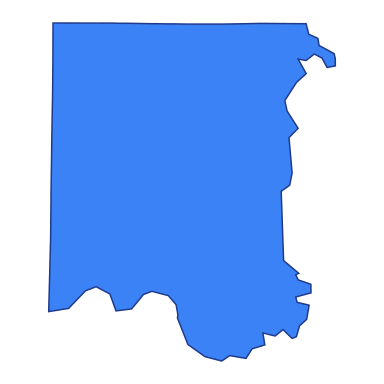 Madison, Alabama, United States of America
{"feature_id": "52423323B46234857736785", "entity_name": "Madison", "entity_type": "district", "adm_level": 2, "iso_a3": "USA", "parent_name": "United States of America", "parent_adm1": "Alabama", "projection": "albers", "projection_center": [-86.485, 34.734], "detail": "fine", "context": "isolated", "style": "filled", "palette": "blue", "viewbox_px": 384, "rotation_deg": 0, "n_neighbors": 0, "source": "geoboundaries", "source_scale": "gbopen_adm2", "svg_char_len": 1105}
<svg xmlns="http://www.w3.org/2000/svg" viewBox="0 0 384 384"><path d="M177.9,314.9L177.4,317.9L187.8,344.2L188.3,344.8L204.9,356.6L221.7,361.0L229.8,355.6L246.0,358.4L252.1,348.8L264.8,344.9L262.9,333.0L275.1,336.0L283.0,329.6L292.1,338.4L296.4,336.7L299.5,325.9L306.7,319.3L309.1,305.2L297.1,302.3L295.7,297.0L311.0,292.9L310.9,284.3L298.2,279.9L295.7,274.8L298.7,273.3L283.6,260.6L281.2,191.3L289.7,185.2L292.1,172.9L289.0,137.6L298.1,128.3L287.1,111.0L284.8,100.6L296.5,82.4L306.2,73.6L298.1,59.1L306.1,60.5L314.3,54.0L322.0,58.1L327.1,67.5L335.3,65.9L335.3,58.6L334.1,53.6L319.1,45.5L317.9,38.4L308.8,34.3L306.1,23.7L302.1,23.7L260.1,23.4L240.4,23.8L222.2,24.1L195.4,24.1L189.7,24.1L175.0,23.9L166.8,23.9L157.3,23.7L151.4,23.7L129.3,23.3L129.2,23.3L119.5,23.3L113.4,23.1L111.6,23.1L110.3,23.1L109.8,23.1L53.0,23.0L52.9,61.3L52.6,93.2L52.0,126.9L51.7,144.8L51.7,147.2L51.0,195.0L51.0,202.1L50.6,238.4L48.7,311.6L68.6,308.4L85.5,290.8L96.1,286.7L109.9,294.0L116.0,310.9L131.6,308.9L143.5,294.5L151.9,291.3L168.3,295.6L176.1,304.7L177.9,314.9Z" fill="#3b82f6" stroke="#1e3a8a" stroke-width="1.5"/></svg>